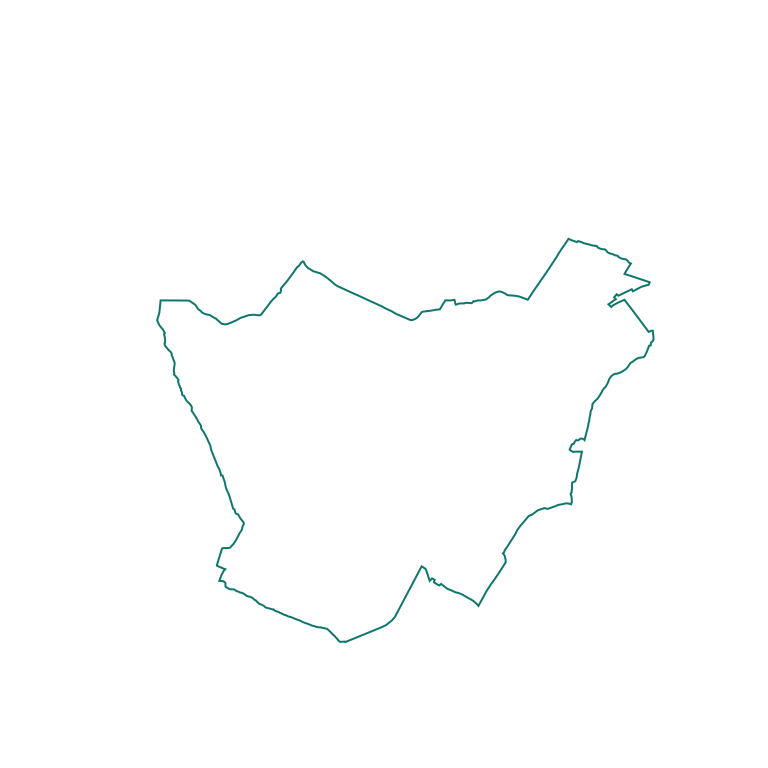 the district of Laza, Vaslui, Romania, rotated 313°
{"feature_id": "2599482B98028982208936", "entity_name": "Laza", "entity_type": "district", "adm_level": 2, "iso_a3": "ROU", "parent_name": "Romania", "parent_adm1": "Vaslui", "projection": "albers", "projection_center": [27.592, 46.65], "detail": "fine", "context": "isolated", "style": "outline", "palette": "teal", "viewbox_px": 768, "rotation_deg": 313, "n_neighbors": 0, "source": "geoboundaries", "source_scale": "gbopen_adm2", "svg_char_len": 6166}
<svg xmlns="http://www.w3.org/2000/svg" viewBox="0 0 768 768"><g transform="rotate(313 384 384)"><path d="M286.1,604.4L302.4,600.2L312.0,598.6L314.4,598.4L324.2,596.9L336.1,594.7L336.9,594.4L338.5,592.7L340.6,589.5L341.1,587.9L341.2,586.6L342.8,586.5L345.4,585.6L349.0,585.1L363.3,582.5L368.1,581.1L373.0,580.5L386.1,579.9L389.6,581.4L396.8,582.7L402.6,585.9L404.0,588.4L404.6,589.1L410.8,592.3L414.4,593.9L418.5,597.0L420.5,598.2L422.0,599.8L423.6,602.8L425.0,602.1L425.7,602.0L426.2,601.5L426.8,600.8L428.3,599.4L430.0,597.1L430.7,595.8L431.3,595.2L432.5,595.3L433.0,595.0L433.7,594.1L435.3,593.3L438.2,590.4L440.2,588.9L440.7,589.0L442.6,590.0L443.2,590.1L444.0,590.0L447.3,588.5L449.6,586.7L456.0,583.3L469.5,574.9L464.9,570.0L463.2,568.5L462.7,566.3L462.5,564.6L466.6,563.1L468.1,562.6L469.6,563.5L470.4,563.5L471.4,562.9L474.1,562.8L474.2,563.1L474.7,563.9L475.5,564.6L478.1,564.9L479.4,566.5L479.8,567.7L479.7,568.9L489.7,563.5L493.0,561.6L494.6,560.4L497.0,559.3L498.3,558.2L500.7,556.6L502.5,555.7L503.3,554.9L504.7,554.0L505.8,553.4L508.0,552.9L511.6,550.1L514.5,549.9L518.9,550.2L522.8,549.6L526.9,548.7L527.7,548.3L529.5,548.0L530.8,547.8L533.0,548.0L537.0,547.1L541.1,545.4L544.2,544.9L546.0,545.0L548.1,545.6L549.0,546.0L550.6,547.5L553.5,549.0L556.6,550.0L559.2,550.6L561.1,550.8L564.0,550.5L567.2,549.9L569.9,550.7L572.2,551.0L574.3,551.5L576.6,552.3L580.3,555.3L581.8,555.7L586.1,554.5L592.8,551.8L593.8,552.6L594.4,552.6L594.8,552.1L596.5,551.0L597.6,551.3L599.4,551.1L600.5,550.7L601.3,549.9L606.3,544.2L605.3,543.2L602.6,542.1L607.3,516.0L609.6,502.4L603.2,499.7L598.3,498.0L597.2,497.7L595.3,497.7L595.4,493.8L604.2,495.7L604.3,493.2L608.3,493.0L608.4,495.2L622.3,500.6L621.5,502.8L630.8,506.0L637.2,509.9L639.6,508.9L631.3,490.7L628.5,484.9L631.5,484.1L640.5,482.4L639.8,480.1L639.9,479.5L640.3,478.5L640.1,475.7L640.0,475.4L639.1,474.6L638.3,473.0L637.7,472.3L636.8,468.7L637.1,468.2L636.9,467.0L635.6,465.1L634.9,462.6L634.0,461.1L632.9,458.4L632.9,456.9L633.2,455.3L633.2,454.4L632.9,453.5L632.5,452.8L631.4,451.8L629.8,448.2L629.7,447.6L630.0,445.2L629.0,444.2L627.2,441.4L626.4,440.0L626.1,439.0L624.9,437.3L624.1,435.5L623.7,435.1L623.6,434.7L623.3,434.4L622.5,431.7L620.9,428.5L619.4,428.4L617.2,423.4L616.0,419.9L609.1,421.1L603.6,421.8L598.0,422.8L594.6,423.6L578.9,426.3L552.9,430.1L543.7,431.7L540.3,423.4L537.8,419.5L533.9,414.7L533.2,413.6L532.6,410.4L532.0,408.4L531.2,406.4L530.2,405.0L526.9,403.1L525.9,402.7L521.3,401.7L520.1,401.6L519.0,401.7L515.5,400.9L514.6,400.4L510.7,397.5L510.3,396.8L509.2,395.7L506.0,393.8L505.7,393.0L504.6,393.1L503.2,393.0L502.5,392.6L501.6,391.3L499.5,388.8L498.3,387.9L497.8,387.8L494.2,384.1L492.1,383.1L491.0,382.3L493.6,378.1L490.8,376.0L486.9,371.8L476.6,373.9L473.7,371.3L471.3,369.6L467.4,366.5L466.3,365.3L465.7,365.1L463.6,363.2L462.8,362.8L461.9,362.6L458.0,363.0L455.2,363.0L453.0,362.5L450.4,361.3L449.3,360.4L448.5,358.9L443.6,345.2L442.6,340.7L440.1,332.9L439.1,328.4L438.2,326.7L437.8,324.9L435.6,318.6L430.8,303.7L430.2,302.3L423.9,283.3L423.4,281.2L423.2,276.1L422.7,268.8L422.0,264.6L421.3,261.5L418.2,255.3L417.5,251.4L417.1,250.1L417.1,247.4L417.4,245.1L418.6,241.8L418.4,241.1L416.5,240.6L412.1,241.2L410.0,240.8L403.9,241.7L393.7,242.9L384.2,243.4L383.3,243.6L382.1,244.9L380.4,245.9L379.5,245.8L378.3,244.8L377.5,244.7L375.2,245.2L373.4,245.4L372.4,245.1L367.9,245.1L350.8,246.8L349.3,246.2L345.5,241.1L341.9,238.0L334.5,234.0L329.5,232.4L324.1,230.1L320.3,228.1L319.1,226.9L317.5,224.4L317.3,223.4L317.2,216.6L316.6,214.6L315.8,210.3L315.2,208.8L313.6,206.3L312.4,203.4L312.2,201.9L312.5,200.5L312.0,197.4L312.1,196.6L313.1,192.5L313.1,191.3L312.7,188.3L312.1,184.8L310.3,182.6L292.8,163.6L282.9,171.1L275.8,174.7L273.8,179.5L272.9,185.8L271.7,189.1L270.5,189.1L267.5,193.4L265.0,195.6L264.6,195.8L264.1,195.7L263.0,197.0L262.4,199.1L262.2,201.5L261.9,203.7L262.0,204.8L261.9,206.2L261.6,207.7L261.3,208.2L260.1,209.3L259.5,211.0L258.3,213.1L257.2,215.6L256.3,216.9L251.2,220.5L250.1,221.5L248.9,223.3L247.8,223.9L247.6,225.2L247.8,225.8L247.4,226.7L247.5,227.8L246.8,231.0L246.2,231.0L245.5,231.6L243.7,234.4L243.1,236.2L242.5,236.9L242.1,238.8L241.0,239.7L240.1,241.9L238.5,243.6L238.4,244.2L238.9,246.1L237.9,248.4L237.2,250.8L237.0,252.6L237.1,254.6L236.9,256.1L236.2,258.9L235.5,259.8L233.5,261.3L233.2,261.8L231.8,267.9L230.9,271.0L229.9,273.5L228.8,278.4L228.3,279.1L227.5,279.7L226.8,281.0L226.3,282.5L226.1,284.1L225.8,285.3L223.6,291.5L221.7,295.9L221.2,297.5L220.0,299.7L218.9,301.1L217.6,303.3L210.1,319.1L210.0,320.0L209.4,321.7L207.1,325.7L205.9,327.1L206.9,328.3L206.5,329.1L203.5,334.7L200.3,339.1L197.0,346.7L190.0,358.6L190.0,359.2L190.3,359.8L189.9,360.8L188.2,363.9L188.3,364.5L189.1,366.0L188.4,368.7L187.6,371.1L187.6,371.8L187.3,373.7L187.2,374.9L186.9,375.8L186.3,376.8L183.4,377.7L180.5,379.4L176.1,380.2L169.6,382.1L164.4,383.0L159.1,383.0L156.4,380.6L154.4,378.3L153.8,377.9L152.9,377.9L137.6,385.3L137.2,385.8L137.3,386.2L139.5,392.4L140.3,394.2L138.1,394.2L133.8,395.3L127.7,397.8L130.2,401.0L130.4,402.7L130.4,403.6L127.9,406.1L127.5,406.8L127.8,407.3L128.7,411.0L129.3,411.9L131.5,414.4L131.8,415.4L132.0,417.7L132.8,418.8L133.4,421.2L133.7,421.4L134.2,422.1L134.8,423.8L135.5,428.5L137.1,431.3L137.8,433.5L137.9,434.5L137.8,436.5L138.3,437.7L138.1,439.6L138.2,443.0L139.1,444.7L139.8,447.7L139.8,449.2L140.0,450.3L142.3,454.4L143.3,456.7L143.7,456.8L143.8,458.6L144.0,459.5L145.5,462.7L145.6,463.9L146.4,465.6L147.1,468.4L147.7,469.3L148.3,470.7L148.6,472.3L150.0,474.7L152.5,481.4L153.3,482.8L154.6,487.2L157.5,494.0L158.0,495.6L158.5,496.8L159.5,498.2L159.8,499.2L160.8,501.1L161.4,502.1L163.1,504.0L163.6,505.1L166.1,509.3L166.2,512.4L165.9,518.1L166.0,519.8L165.7,523.4L165.4,525.3L165.3,527.1L165.7,528.0L168.9,531.0L168.7,531.6L204.6,548.2L209.0,549.9L216.0,551.0L220.9,550.9L276.3,535.9L276.9,538.8L277.0,540.2L276.9,541.3L271.2,551.7L274.6,551.7L275.3,554.6L273.0,555.8L274.0,560.6L274.3,561.6L274.5,561.9L276.7,562.1L277.3,568.7L277.5,570.2L279.0,573.9L280.4,578.4L281.7,580.4L282.4,582.0L283.5,585.3L284.5,590.0L285.5,593.4L286.2,596.9L286.4,600.5L286.3,603.0L286.1,604.4Z" fill="none" stroke="#0f766e" stroke-width="2"/></g></svg>